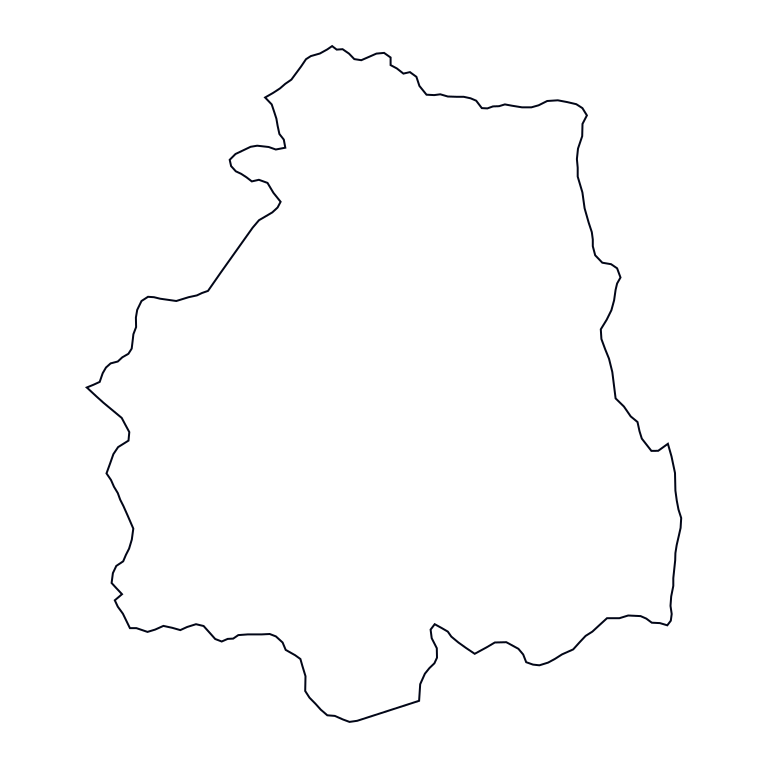 the district of Jaboticabal, São Paulo, Brazil
{"feature_id": "56859067B8414745148064", "entity_name": "Jaboticabal", "entity_type": "district", "adm_level": 2, "iso_a3": "BRA", "parent_name": "Brazil", "parent_adm1": "São Paulo", "projection": "natural_earth1", "projection_center": [-48.295, -21.21], "detail": "fine", "context": "isolated", "style": "outline", "palette": "ink", "viewbox_px": 768, "rotation_deg": 0, "n_neighbors": 0, "source": "geoboundaries", "source_scale": "gbopen_adm2", "svg_char_len": 3209}
<svg xmlns="http://www.w3.org/2000/svg" viewBox="0 0 768 768"><path d="M620.5,277.5L617.1,268.3L611.1,264.2L602.3,262.7L595.2,255.3L592.8,246.2L592.8,239.5L591.8,232.1L588.7,222.7L584.6,208.3L582.4,192.4L577.7,176.6L577.7,167.7L576.9,159.1L578.0,148.6L582.2,136.2L582.5,123.9L586.9,115.4L582.4,108.1L576.3,104.2L567.3,102.1L557.8,100.3L547.2,101.0L538.6,105.3L531.5,107.3L521.8,107.3L511.9,105.7L504.9,104.4L499.0,106.2L493.0,106.4L487.4,108.4L481.8,108.1L476.2,100.7L470.6,98.3L463.7,96.8L456.7,96.8L447.8,96.5L440.3,94.3L434.2,95.1L426.5,94.7L419.4,85.9L416.4,76.8L409.9,72.1L403.4,73.6L396.8,68.4L390.6,65.1L390.6,57.5L384.1,52.9L376.4,53.6L369.6,56.6L361.3,60.2L354.3,59.1L349.0,53.6L342.6,49.2L336.7,49.6L332.1,46.1L327.3,49.4L319.9,53.5L310.8,56.1L306.0,59.2L301.0,66.6L295.0,74.7L291.4,79.6L285.3,83.8L280.0,88.4L273.1,92.9L265.1,97.5L271.7,104.4L274.3,112.2L276.4,118.7L277.6,125.7L279.4,134.0L283.8,139.6L285.3,147.7L275.8,149.5L268.7,147.0L257.2,145.7L250.6,146.8L235.5,154.0L229.7,159.8L231.1,166.1L235.8,171.3L241.1,173.8L246.5,177.3L251.8,181.4L258.9,179.8L267.5,182.9L273.4,192.8L280.6,201.8L277.6,207.5L272.3,212.4L259.0,220.2L252.7,227.6L220.8,272.5L208.0,290.9L202.0,293.0L196.9,295.4L188.6,297.2L176.3,301.0L160.1,298.7L154.0,297.2L148.0,296.8L141.5,301.0L137.2,309.9L135.9,317.6L136.1,327.1L133.4,334.2L132.6,341.2L131.7,348.6L128.4,353.8L122.3,357.3L117.8,361.5L110.6,363.4L106.0,367.5L102.7,373.2L99.7,381.9L93.6,384.7L86.8,387.5L96.4,396.4L103.4,402.7L121.7,417.9L125.2,424.5L129.3,432.1L128.5,440.6L123.4,443.8L118.1,447.1L113.4,454.1L110.2,463.2L106.5,473.4L111.0,480.0L114.0,486.8L117.8,493.1L120.2,499.7L123.4,506.0L127.8,515.9L133.3,528.6L131.8,539.6L129.1,548.6L125.9,554.9L123.2,561.3L116.3,565.9L112.9,573.1L111.6,583.0L116.1,587.9L122.0,594.2L114.8,600.3L117.8,606.7L122.9,613.7L129.9,628.1L136.3,628.1L147.5,631.9L155.1,629.6L163.4,625.9L172.2,627.8L180.3,630.1L187.1,627.0L196.0,624.2L203.6,626.0L210.5,633.7L215.2,639.0L221.7,641.5L227.7,638.9L233.2,638.6L238.3,635.1L247.8,634.4L261.7,634.4L269.7,634.0L275.9,636.4L282.6,642.5L285.7,649.9L295.1,655.2L300.4,659.0L302.4,666.0L305.5,676.2L305.2,691.0L309.5,697.7L315.4,703.7L320.8,709.7L327.3,715.3L334.8,715.9L343.0,719.5L349.5,721.9L357.2,720.8L419.1,700.8L420.2,684.2L424.9,673.7L429.4,668.1L434.4,663.3L437.0,657.7L436.8,648.2L431.7,638.2L430.6,629.6L434.7,624.2L441.8,628.1L447.8,631.6L451.3,636.6L458.4,642.5L465.8,647.8L474.7,653.8L486.5,647.4L494.8,642.5L506.3,642.2L518.4,648.8L523.2,654.5L526.2,662.2L533.0,664.6L539.4,665.3L548.1,662.6L555.1,658.8L562.0,654.4L573.2,649.4L579.4,642.5L585.6,635.9L592.4,631.6L598.9,625.6L607.0,618.2L619.4,618.2L628.2,615.5L640.6,616.1L646.3,618.6L651.8,622.7L659.9,623.1L667.3,625.3L670.8,620.7L671.7,614.0L670.5,605.9L671.2,596.4L673.3,585.9L673.3,578.2L675.2,560.2L675.4,553.1L676.7,545.0L678.8,535.9L680.6,527.9L681.2,518.0L678.5,509.6L676.8,500.8L675.4,490.6L675.0,473.0L671.5,456.4L667.9,443.8L658.2,450.8L651.4,450.9L641.8,438.6L639.5,431.2L637.5,422.0L630.7,416.4L623.9,406.5L615.6,398.4L612.3,372.0L609.0,358.7L605.2,349.3L601.4,339.0L600.8,329.3L606.7,319.7L611.4,310.2L614.1,300.3L615.6,289.8L617.1,283.5L620.5,277.5Z" fill="none" stroke="#020617" stroke-width="2"/></svg>